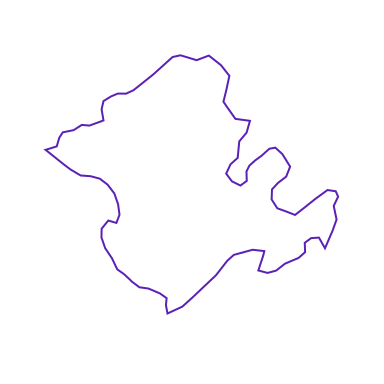 Naju-si, South Jeolla, South Korea, rotated 228°
{"feature_id": "91817680B40505476377979", "entity_name": "Naju-si", "entity_type": "district", "adm_level": 2, "iso_a3": "KOR", "parent_name": "South Korea", "parent_adm1": "South Jeolla", "projection": "equal_earth", "projection_center": [126.711, 34.984], "detail": "fine", "context": "isolated", "style": "outline", "palette": "violet", "viewbox_px": 384, "rotation_deg": 228, "n_neighbors": 0, "source": "geoboundaries", "source_scale": "gbopen_adm2", "svg_char_len": 1420}
<svg xmlns="http://www.w3.org/2000/svg" viewBox="0 0 384 384"><g transform="rotate(228 192 192)"><path d="M321.3,111.4L298.8,115.1L290.0,116.8L278.8,120.3L271.6,127.2L263.6,132.4L254.0,134.2L242.8,133.3L237.9,131.2L232.4,128.9L223.6,122.9L219.6,115.1L226.8,110.7L225.2,100.3L218.8,94.3L208.4,89.9L196.4,88.2L184.5,84.7L176.5,86.5L167.7,87.3L166.1,87.3L164.4,87.6L156.5,89.1L149.3,95.1L138.1,100.3L130.1,102.1L125.3,96.9L118.1,92.5L113.3,108.1L113.3,122.0L114.1,154.1L117.3,172.3L117.3,181.0L108.5,198.4L99.7,206.2L97.3,202.7L89.3,188.8L81.3,194.0L77.3,201.9L77.0,206.1L76.5,213.2L71.7,227.1L71.6,235.8L78.8,241.8L78.0,249.7L73.2,255.8L61.2,253.2L69.2,270.6L74.8,281.0L86.8,288.0L90.8,297.5L96.4,299.3L102.8,294.0L104.4,278.4L105.2,264.5L106.0,253.2L114.8,248.8L122.8,244.5L133.2,246.2L140.4,253.2L141.2,261.9L140.4,272.3L145.2,281.9L159.6,284.5L169.2,283.6L172.4,278.4L172.4,267.9L173.2,260.1L173.2,252.3L170.8,246.2L163.6,240.1L164.4,232.3L173.2,228.8L182.8,229.7L186.8,239.2L186.8,248.8L198.0,261.0L199.6,272.3L206.1,282.7L217.3,273.2L231.7,274.9L238.1,275.8L244.5,285.3L253.3,297.5L266.9,298.4L282.1,295.8L286.9,283.6L294.1,279.3L301.3,274.9L305.3,267.9L305.3,257.5L305.3,241.8L306.8,216.6L309.2,208.8L314.8,202.7L317.2,195.8L318.8,187.1L314.0,180.2L304.4,174.1L310.0,160.2L315.6,155.0L317.2,145.4L322.8,135.9L321.2,129.8L316.4,122.0L321.2,111.6L321.3,111.4Z" fill="none" stroke="#5b21b6" stroke-width="2"/></g></svg>